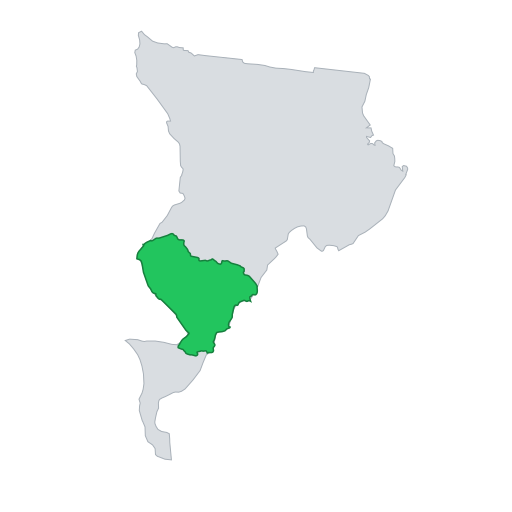 Nord on a map of Cameroon (orthographic projection), rotated 186°
{"feature_id": "CMR-1483", "entity_name": "Nord", "entity_type": "Province", "adm_level": 1, "iso_a3": "CMR", "parent_name": "Cameroon", "parent_adm1": "", "projection": "orthographic", "projection_center": [13.766, 8.625], "detail": "fine", "context": "in_parent", "style": "filled", "palette": "green", "viewbox_px": 512, "rotation_deg": 186, "n_neighbors": 0, "source": "natural_earth", "source_scale": "10m", "svg_char_len": 7658}
<svg xmlns="http://www.w3.org/2000/svg" viewBox="0 0 512 512"><g transform="rotate(186 256 256)"><path d="M115.1,352.5L116.2,349.6L124.2,336.2L129.4,314.6L131.7,309.5L134.0,306.2L145.7,294.8L150.0,291.1L156.3,287.0L160.8,278.5L162.3,277.7L164.3,277.0L174.3,269.9L175.2,271.3L175.8,273.0L176.5,273.8L179.8,274.4L184.2,274.4L186.8,273.9L188.1,272.5L189.5,268.5L190.3,267.8L191.4,267.6L196.2,270.4L204.1,278.3L206.1,279.7L207.0,281.3L208.7,288.4L209.7,290.2L211.4,291.0L214.5,290.5L217.8,289.3L220.6,287.5L223.4,285.1L225.3,283.0L226.2,281.4L226.6,275.6L227.3,274.3L237.7,265.9L237.4,265.1L235.7,262.7L234.2,260.1L235.8,257.4L237.4,255.3L243.5,248.3L243.8,243.2L248.7,235.2L251.5,224.6L251.6,222.6L257.9,210.9L264.5,209.9L267.0,208.3L269.9,205.4L271.8,202.7L272.7,200.2L273.4,195.2L274.6,189.6L275.3,184.7L277.3,180.1L280.6,177.8L286.3,175.9L287.2,175.0L288.0,172.0L288.8,161.9L289.8,157.4L295.1,152.4L297.5,144.5L299.6,136.3L305.6,126.3L312.6,116.4L315.9,113.7L318.6,112.5L321.8,112.3L323.9,111.6L331.5,106.7L334.6,105.0L336.9,103.3L337.5,101.8L337.7,99.6L337.0,94.5L338.3,90.7L339.0,84.9L339.3,80.4L339.0,78.8L337.6,76.1L335.4,73.3L331.6,71.6L326.4,71.2L323.7,70.2L322.7,65.0L322.3,61.7L318.8,44.4L325.3,44.4L333.2,46.5L335.2,48.0L336.2,53.9L339.1,57.3L344.1,60.0L347.3,65.7L348.5,74.4L351.3,79.5L351.9,80.3L355.9,90.1L356.1,94.6L355.8,97.6L357.4,101.4L355.0,107.8L354.3,111.8L354.1,117.3L355.6,127.0L357.9,134.6L360.5,140.7L363.3,145.4L367.8,150.6L372.7,155.3L377.2,158.3L373.0,160.1L364.9,160.4L360.3,159.4L358.1,159.3L355.8,160.0L347.2,160.9L338.5,160.5L330.4,159.3L325.5,159.5L321.7,162.4L318.6,166.8L315.7,170.3L316.8,174.1L318.9,176.2L323.1,180.9L326.9,185.4L328.8,188.4L336.3,195.0L343.5,200.9L347.0,203.0L348.2,203.4L352.2,206.8L357.7,212.4L362.7,221.1L369.8,238.6L371.3,240.0L373.7,240.9L374.0,242.8L373.9,245.5L373.1,247.8L367.5,256.9L362.6,260.5L361.2,262.6L359.4,267.9L354.9,278.3L352.9,279.8L348.5,286.9L344.9,295.8L344.0,297.1L342.5,298.2L337.3,300.4L335.6,301.5L333.0,304.3L332.6,306.1L333.8,308.6L335.3,310.6L338.0,310.7L339.5,312.6L339.5,326.3L338.3,328.4L338.3,329.3L337.7,331.7L337.5,334.3L337.9,335.4L339.0,336.2L340.4,338.0L341.2,342.3L343.0,357.1L343.8,359.5L345.2,361.1L349.8,364.3L354.6,368.5L356.1,371.2L357.0,375.7L358.9,379.2L358.8,380.4L358.1,380.9L355.1,381.2L356.1,383.7L358.6,388.2L370.8,401.8L382.6,414.0L385.4,414.9L387.4,415.1L388.3,415.9L389.4,417.6L393.3,422.0L394.1,424.6L393.2,427.1L394.1,430.9L394.8,432.2L394.6,433.5L395.0,438.1L396.1,442.2L397.8,445.6L397.6,448.1L395.3,449.4L394.0,451.7L393.6,454.8L394.3,458.7L396.1,463.2L396.1,465.8L393.3,467.6L390.1,464.5L386.7,462.5L381.4,458.9L376.2,457.6L369.4,457.4L366.5,457.8L361.4,454.9L359.8,454.5L357.6,455.7L356.0,455.8L354.1,455.3L350.2,455.4L349.9,453.3L349.2,452.9L345.1,453.1L343.8,451.3L343.2,451.5L341.6,451.0L338.2,448.5L334.7,450.2L327.4,450.0L290.4,449.9L289.5,447.6L287.7,446.4L284.4,446.3L274.6,446.7L267.1,446.4L262.0,445.4L255.8,444.9L248.0,445.3L240.1,445.2L226.0,444.5L218.1,444.5L218.3,446.0L217.8,447.0L217.4,449.4L167.3,449.0L163.2,447.3L162.0,446.2L161.6,444.1L160.7,443.9L161.5,435.2L163.2,428.0L163.9,421.3L166.2,415.3L165.0,409.3L163.6,406.7L156.1,398.2L159.6,395.0L155.0,395.4L154.0,392.3L151.8,388.5L153.2,387.9L154.5,385.8L158.6,386.5L158.5,385.5L155.0,382.3L155.3,380.7L156.8,378.9L156.1,378.2L153.5,380.0L151.7,379.9L150.2,378.7L149.2,378.5L149.8,380.9L148.4,383.1L147.0,383.8L144.7,383.7L142.8,383.1L142.3,381.9L140.5,380.9L135.5,379.3L131.3,377.3L130.5,372.2L128.8,369.9L128.2,367.4L127.8,364.6L128.4,360.2L127.3,359.4L126.1,359.2L124.3,359.4L122.6,359.1L120.6,356.6L118.9,355.7L119.9,360.2L118.7,361.4L115.7,361.0L114.4,359.3L114.2,358.0L115.6,352.6L115.1,352.5Z" fill="#d9dde1" stroke="#a8b0b8" stroke-width="1"/><path d="M323.8,159.5L323.2,159.6L322.9,159.7L322.8,160.0L322.8,160.3L322.7,160.7L321.0,164.3L319.8,165.9L316.8,168.5L314.6,171.7L314.6,172.3L317.9,174.8L328.4,186.9L328.7,188.5L329.4,189.7L337.6,196.3L345.8,202.9L346.4,203.1L346.7,202.9L347.0,202.9L347.4,202.9L347.7,203.0L348.2,203.2L349.7,204.3L350.0,204.7L350.2,205.1L350.4,205.3L350.7,205.4L351.0,205.6L351.2,206.0L351.5,206.9L351.6,207.4L351.6,207.7L351.7,208.0L352.2,208.1L353.6,208.3L354.5,208.6L355.3,209.2L355.9,209.9L357.5,212.5L359.6,214.5L360.2,215.3L361.2,217.4L366.2,228.0L368.4,236.0L369.7,239.0L371.5,240.3L372.2,240.3L373.4,240.6L374.2,240.8L374.2,244.6L373.7,246.8L372.7,248.8L371.2,250.8L371.0,251.3L369.0,254.0L368.8,254.6L369.6,255.3L369.5,255.8L369.3,255.8L368.6,255.8L368.4,255.9L368.2,256.1L367.9,256.7L367.7,256.9L366.0,258.3L363.2,259.9L362.6,260.4L362.2,260.2L361.8,260.1L361.3,260.2L360.7,260.4L359.9,260.9L357.6,262.9L357.1,263.2L356.5,263.4L355.7,263.5L355.1,263.5L354.5,263.6L353.9,263.8L346.2,267.2L343.5,268.9L343.1,269.1L342.6,269.3L342.2,269.4L341.8,269.5L341.3,269.4L340.9,269.3L340.4,269.0L340.1,268.8L339.6,268.0L337.3,267.5L336.4,266.2L336.2,265.7L335.8,265.1L335.4,264.6L334.8,264.3L334.3,264.1L333.8,264.0L331.1,264.3L330.2,264.2L329.8,264.2L329.4,263.9L329.1,263.6L329.0,263.0L329.1,262.5L329.2,262.1L329.1,260.0L328.5,258.8L328.0,258.4L327.5,258.1L326.9,257.6L324.9,255.5L324.2,254.3L324.1,253.7L323.9,253.4L323.5,253.0L321.9,251.8L321.7,251.6L321.5,251.3L321.4,250.8L321.1,249.5L320.8,249.2L320.4,249.0L314.0,248.4L313.1,248.1L312.7,247.8L312.4,247.4L312.3,245.8L311.9,245.4L311.4,245.3L310.6,245.3L306.4,246.3L305.9,246.4L305.5,246.3L304.6,246.0L304.1,246.0L303.4,246.1L302.9,246.3L302.0,246.9L301.6,247.0L300.3,247.5L299.9,247.8L299.5,248.3L299.1,248.5L298.6,248.4L296.6,247.1L295.8,246.7L295.2,246.4L294.6,245.8L294.2,245.4L293.2,244.6L290.6,244.0L290.2,244.3L290.0,244.7L289.6,245.1L289.5,245.4L289.4,245.9L289.3,247.3L289.0,247.8L287.1,247.7L286.0,247.8L285.2,248.1L284.4,248.2L283.8,248.2L283.3,248.1L280.1,246.4L279.6,246.2L273.7,245.3L270.7,244.5L270.1,243.9L269.2,243.4L268.8,243.4L268.3,243.2L267.4,242.9L267.0,242.6L266.6,242.3L266.4,241.6L266.3,240.5L266.2,239.7L266.3,239.3L266.6,239.0L266.8,238.6L266.8,238.2L266.7,237.8L266.0,236.6L265.6,236.2L265.0,236.0L264.5,236.0L263.1,235.9L262.2,235.8L261.4,235.5L260.5,235.1L253.5,228.6L252.0,226.5L251.6,226.1L251.7,225.8L251.7,225.0L251.1,222.0L251.0,220.3L251.3,218.7L252.2,217.5L253.0,217.2L254.4,217.4L255.2,217.3L255.6,217.0L255.9,216.6L256.2,216.1L256.4,215.7L257.5,215.0L257.9,214.6L257.8,213.6L257.7,213.1L256.9,211.0L256.6,210.4L257.6,210.8L258.1,210.8L258.6,210.8L259.2,210.5L259.6,210.2L260.1,210.0L260.8,209.9L261.3,210.1L262.4,210.6L263.0,210.7L263.5,210.6L267.3,208.6L268.0,207.9L268.5,206.7L268.8,205.6L269.1,205.2L269.5,205.0L270.1,205.0L270.5,205.1L271.0,205.1L271.5,204.9L272.3,203.8L272.7,202.2L273.5,195.2L273.3,193.8L273.3,192.3L274.1,190.6L275.8,187.5L276.0,186.9L276.1,186.2L276.2,184.7L275.9,183.6L275.5,182.8L274.5,182.7L274.3,182.6L274.6,181.9L274.8,181.7L277.0,180.7L277.3,180.5L277.7,180.1L278.7,178.7L279.2,178.3L281.8,177.2L284.7,176.7L287.1,175.8L288.1,173.2L288.3,170.7L288.7,168.2L289.1,167.4L289.4,166.7L289.5,166.1L289.1,165.3L288.1,164.2L287.7,163.6L287.6,162.8L287.9,162.0L288.8,160.6L288.9,159.8L288.8,159.0L288.4,157.8L288.4,157.1L289.0,155.8L290.2,155.3L293.1,155.0L293.8,154.7L294.3,154.4L294.4,154.7L295.2,155.9L295.5,156.2L295.9,156.4L296.4,156.4L298.2,155.9L299.5,155.9L300.2,156.0L300.8,155.8L301.6,155.4L304.0,154.6L304.4,154.4L304.6,154.0L304.5,153.6L303.9,152.8L303.7,152.4L303.8,152.0L303.9,151.5L304.2,151.1L304.9,150.6L305.4,150.4L305.9,150.4L308.2,150.8L309.7,151.0L311.2,150.8L311.9,150.9L313.9,151.3L315.1,151.7L315.6,152.0L316.5,153.3L316.7,153.5L317.8,154.3L318.6,155.3L319.7,155.6L320.3,155.6L323.7,156.6L324.0,157.2L323.7,159.5L323.8,159.5L323.8,159.5Z" fill="#22c55e" stroke="#15803d" stroke-width="1.5"/></g></svg>